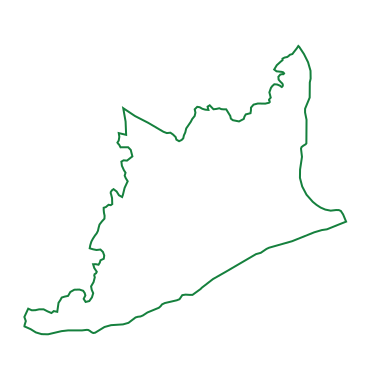 the Province of Gangwon, rotated 95°
{"feature_id": "KOR-2496", "entity_name": "Gangwon", "entity_type": "Province", "adm_level": 1, "iso_a3": "KOR", "parent_name": "South Korea", "parent_adm1": "", "projection": "albers", "projection_center": [128.239, 37.618], "detail": "fine", "context": "isolated", "style": "outline", "palette": "green", "viewbox_px": 384, "rotation_deg": 95, "n_neighbors": 0, "source": "natural_earth", "source_scale": "10m", "svg_char_len": 3256}
<svg xmlns="http://www.w3.org/2000/svg" viewBox="0 0 384 384"><g transform="rotate(95 192 192)"><path d="M160.2,86.3L168.5,85.7L176.9,82.7L184.7,77.7L191.2,70.9L194.0,66.8L196.3,62.5L197.9,57.7L198.5,52.2L197.4,46.9L197.2,44.2L197.9,42.1L201.2,39.5L208.1,35.9L211.7,43.1L217.4,54.3L218.6,59.3L221.5,66.7L232.3,88.0L240.8,110.4L242.2,112.8L246.6,118.2L248.3,122.8L268.9,151.9L276.9,163.5L286.5,173.9L287.9,175.0L294.4,182.5L294.7,185.7L294.8,189.5L295.6,192.7L299.9,195.1L301.2,197.7L305.0,209.4L306.6,212.1L308.5,213.3L310.2,214.9L315.9,225.9L319.3,230.2L320.5,232.5L321.0,235.0L321.9,237.3L327.9,243.9L329.9,249.2L331.7,261.0L334.1,267.4L340.6,276.2L341.1,278.1L340.4,279.9L339.3,281.6L338.5,283.3L338.5,284.8L339.5,289.7L340.7,303.5L342.0,309.9L346.3,323.0L346.7,329.4L345.5,335.3L342.7,340.8L340.5,347.2L339.3,347.2L335.1,346.3L331.1,348.1L322.5,345.0L323.8,341.3L323.4,337.8L322.2,334.0L321.8,329.6L323.5,325.5L324.8,321.5L323.8,320.4L322.7,319.4L323.1,315.8L314.0,315.3L311.3,313.8L308.5,312.6L307.3,309.7L306.3,306.4L302.2,304.5L299.6,300.7L299.0,295.6L299.9,291.8L302.0,290.1L304.3,289.2L307.9,290.6L310.8,288.4L309.6,284.8L305.7,282.5L301.4,281.6L298.1,283.4L294.8,284.3L290.3,282.2L285.4,281.4L283.7,282.1L282.4,281.9L281.3,280.5L279.8,279.9L276.3,282.7L272.6,284.2L272.3,281.5L272.6,278.8L270.4,277.7L268.0,277.2L266.2,274.1L262.9,273.9L259.5,275.5L257.3,278.2L258.1,282.1L257.7,285.6L257.0,289.0L253.8,288.7L250.1,287.9L247.1,286.6L243.9,284.9L241.4,283.3L238.8,282.3L235.7,281.9L232.5,281.3L229.2,279.2L226.2,276.9L223.3,277.0L220.3,277.9L217.6,278.4L215.4,278.6L214.5,276.5L212.0,274.0L212.2,271.8L211.0,270.4L205.1,271.1L201.3,272.4L200.2,272.9L199.1,272.9L197.3,271.9L196.0,270.4L198.1,267.1L201.6,264.5L203.1,261.2L200.9,260.6L193.8,259.5L186.9,257.0L184.0,259.2L181.6,260.5L178.6,259.9L176.1,261.8L172.0,264.1L167.9,265.0L166.4,262.9L166.4,259.5L161.7,254.5L155.4,256.7L153.0,259.5L153.7,267.1L151.1,268.8L150.3,269.8L149.3,270.6L148.3,270.1L147.2,269.5L143.4,269.2L139.7,270.1L140.8,262.6L127.6,264.3L114.5,267.8L121.3,255.4L126.8,241.9L134.5,225.7L135.5,222.2L134.8,218.7L136.4,215.9L138.7,213.1L141.2,212.1L142.5,209.3L141.1,206.9L139.3,205.4L136.3,205.0L133.3,203.9L129.2,203.3L122.3,199.4L119.2,198.1L116.1,196.0L112.7,195.5L109.4,196.5L106.7,194.2L106.9,191.7L108.2,189.0L108.8,186.0L108.8,182.8L105.6,183.9L104.1,181.9L107.7,177.8L107.1,174.9L106.2,172.1L106.9,170.0L106.9,167.5L106.7,165.1L112.9,160.5L115.5,159.7L116.9,157.6L117.6,151.3L114.7,146.8L112.3,146.3L110.0,145.2L108.4,140.6L105.7,140.4L102.8,140.6L99.6,138.3L98.1,134.1L97.6,126.8L96.4,123.1L95.6,122.4L94.6,122.6L94.0,123.2L93.2,123.3L91.1,121.8L86.0,123.6L81.3,122.4L79.4,121.2L77.5,119.4L77.5,116.5L78.4,113.7L79.1,112.7L79.6,111.7L78.8,111.0L77.8,110.8L76.8,111.0L76.0,111.6L74.3,113.7L72.5,115.5L69.7,116.0L67.3,114.3L66.8,112.7L66.7,111.2L65.8,110.6L64.8,111.6L64.5,113.2L64.4,118.3L62.8,120.8L58.3,118.6L54.3,114.9L52.8,113.3L51.3,113.5L50.0,111.5L49.2,108.9L48.1,107.6L46.8,106.5L45.8,104.0L44.0,102.9L39.7,100.1L37.3,98.8L38.0,97.9L44.8,92.5L52.6,87.7L60.9,84.5L68.7,83.7L72.6,84.2L87.7,83.0L99.2,86.6L102.9,86.3L110.1,84.2L133.6,82.3L134.6,83.0L136.2,85.2L137.7,86.8L139.3,87.2L147.4,85.5L160.2,86.3Z" fill="none" stroke="#15803d" stroke-width="2"/></g></svg>